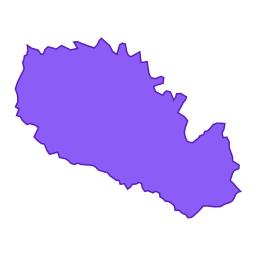 Progresso, Rio Grande do Sul, Brazil
{"feature_id": "56859067B90503543508999", "entity_name": "Progresso", "entity_type": "district", "adm_level": 2, "iso_a3": "BRA", "parent_name": "Brazil", "parent_adm1": "Rio Grande do Sul", "projection": "albers", "projection_center": [-52.306, -29.227], "detail": "fine", "context": "isolated", "style": "filled", "palette": "violet", "viewbox_px": 256, "rotation_deg": 0, "n_neighbors": 0, "source": "geoboundaries", "source_scale": "gbopen_adm2", "svg_char_len": 2238}
<svg xmlns="http://www.w3.org/2000/svg" viewBox="0 0 256 256"><path d="M16.5,115.6L20.1,116.4L22.5,120.5L26.7,124.4L30.2,123.6L35.2,125.1L38.5,127.7L34.1,136.9L36.9,139.9L41.3,143.5L44.4,144.2L47.2,150.9L49.5,154.2L53.2,153.4L57.7,152.1L59.5,157.4L66.0,158.9L68.9,161.2L70.9,163.3L74.7,164.4L78.0,163.1L80.7,164.4L91.6,165.2L94.6,166.2L98.8,170.2L102.4,171.2L107.7,172.8L110.0,175.8L113.1,178.0L116.2,180.2L119.2,180.5L120.2,184.2L124.4,183.7L127.6,189.1L130.6,186.9L132.1,184.3L135.9,184.0L139.2,182.4L141.6,183.6L142.3,187.7L144.8,191.3L148.0,190.7L152.9,192.8L155.8,191.3L159.4,193.0L160.1,196.9L162.6,198.4L165.1,201.0L168.6,201.6L171.3,203.1L174.3,205.8L175.2,210.3L179.1,210.3L182.2,213.2L185.9,214.7L187.9,217.7L191.5,217.3L194.0,215.4L197.3,212.4L200.2,209.5L203.0,206.1L206.9,205.9L211.1,206.4L214.9,206.8L218.0,206.7L220.8,206.5L223.2,204.9L226.8,203.3L230.0,202.4L232.2,200.9L234.1,198.2L235.7,194.3L237.9,192.2L240.6,191.4L236.3,187.0L233.3,183.3L230.2,180.5L231.6,176.2L232.6,172.9L234.3,170.6L238.8,168.6L239.1,165.1L236.0,163.1L232.6,161.0L232.5,156.9L229.1,147.3L229.3,142.3L226.8,137.2L223.1,137.6L222.0,133.1L223.8,129.5L224.9,123.7L221.7,123.3L217.0,123.2L213.4,124.4L210.7,127.8L207.8,130.7L204.7,131.6L203.6,134.6L200.0,135.7L198.0,138.6L195.2,140.5L192.7,142.7L189.8,142.3L187.3,141.3L185.5,137.8L184.3,132.7L185.2,127.7L186.5,124.3L187.6,120.7L184.6,116.9L181.3,114.7L177.8,112.6L179.4,109.9L181.7,105.5L183.3,102.4L185.3,100.2L186.5,96.9L180.7,93.5L176.5,93.7L175.6,97.5L173.8,100.0L170.4,92.1L166.7,90.9L164.3,92.6L162.6,95.3L155.5,91.6L153.6,86.8L155.8,85.4L163.1,83.2L163.7,77.6L161.0,76.5L155.2,78.7L150.9,77.7L149.1,74.0L148.3,69.8L147.2,61.7L141.0,62.5L139.8,51.8L130.8,56.8L128.4,55.3L126.7,51.8L125.3,44.0L122.3,43.2L119.7,44.8L116.9,54.4L112.6,51.4L109.6,45.6L101.3,38.3L99.1,40.7L97.4,44.6L94.4,47.9L88.9,46.2L82.6,43.8L77.1,41.7L73.8,42.0L77.5,48.3L70.7,50.0L61.5,45.5L56.2,49.2L53.4,48.2L48.0,46.8L44.9,49.7L43.5,53.8L40.7,54.1L38.2,50.2L31.3,48.1L27.3,45.3L27.9,49.4L26.8,54.8L24.4,55.9L24.0,59.1L22.7,62.4L23.4,65.3L24.1,68.2L23.1,71.3L21.6,73.9L19.4,78.3L17.1,83.4L15.4,89.0L17.4,94.5L17.9,99.0L17.7,102.0L15.5,106.9L18.9,109.1L16.5,115.6Z" fill="#8b5cf6" stroke="#5b21b6" stroke-width="1.5"/></svg>